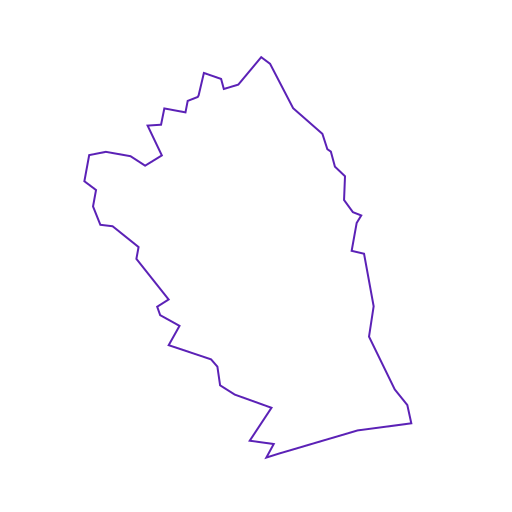 the district of Roane, Tennessee, United States of America, rotated 100°
{"feature_id": "52423323B98361785836731", "entity_name": "Roane", "entity_type": "district", "adm_level": 2, "iso_a3": "USA", "parent_name": "United States of America", "parent_adm1": "Tennessee", "projection": "robinson", "projection_center": [-84.545, 35.847], "detail": "fine", "context": "isolated", "style": "outline", "palette": "violet", "viewbox_px": 512, "rotation_deg": 100, "n_neighbors": 0, "source": "geoboundaries", "source_scale": "gbopen_adm2", "svg_char_len": 853}
<svg xmlns="http://www.w3.org/2000/svg" viewBox="0 0 512 512"><g transform="rotate(100 256 256)"><path d="M446.5,198.9L410.1,125.6L393.8,74.0L376.5,81.1L363.3,96.2L315.8,130.7L285.1,131.4L235.0,150.0L234.3,162.7L206.0,162.6L197.8,159.4L196.0,168.2L185.6,179.0L162.0,182.2L154.3,193.8L140.2,200.4L138.4,204.3L124.2,211.8L104.0,245.1L64.3,275.5L59.3,285.4L90.3,303.2L97.1,316.7L87.7,321.1L84.8,339.1L107.8,340.4L109.5,341.0L115.1,350.2L126.8,350.4L126.6,371.9L143.2,372.3L146.4,385.4L173.3,366.2L186.3,380.9L179.5,396.9L179.5,422.0L185.6,437.8L212.2,438.0L218.8,425.0L235.5,425.1L252.3,414.7L251.6,402.4L267.6,373.2L279.6,373.3L314.0,334.5L323.1,344.5L330.9,340.1L338.1,319.2L359.0,326.5L365.6,282.3L371.7,274.8L389.6,268.9L396.2,252.8L402.8,214.4L439.0,230.1L438.1,205.9L452.7,210.8L446.5,198.9Z" fill="none" stroke="#5b21b6" stroke-width="2"/></g></svg>